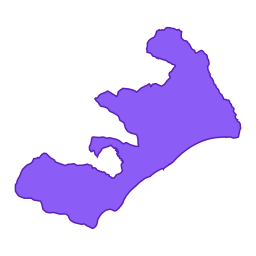 Suai, Cova Lima, East Timor (Albers equal-area conic projection)
{"feature_id": "22284137B60263836524270", "entity_name": "Suai", "entity_type": "district", "adm_level": 2, "iso_a3": "TLS", "parent_name": "East Timor", "parent_adm1": "Cova Lima", "projection": "albers", "projection_center": [125.311, -9.25], "detail": "fine", "context": "isolated", "style": "filled", "palette": "violet", "viewbox_px": 256, "rotation_deg": 0, "n_neighbors": 0, "source": "geoboundaries", "source_scale": "gbopen_adm2", "svg_char_len": 5832}
<svg xmlns="http://www.w3.org/2000/svg" viewBox="0 0 256 256"><path d="M159.1,29.8L157.3,30.8L156.7,31.3L155.7,34.6L154.5,37.0L150.8,38.9L149.2,40.3L148.1,41.6L147.3,43.4L147.4,46.0L147.1,47.5L146.6,48.7L147.0,50.2L147.1,52.4L149.2,52.7L150.5,53.2L151.6,54.0L152.6,55.8L153.0,56.1L155.5,56.8L156.9,58.2L157.6,58.3L157.9,58.0L158.1,58.6L158.3,58.7L160.0,58.4L160.7,58.8L164.5,60.1L165.9,60.1L166.7,61.0L167.7,61.5L168.4,62.3L170.5,62.9L171.5,63.8L172.9,64.5L174.6,64.8L175.4,65.9L175.4,66.2L173.5,68.3L171.5,71.4L169.7,72.5L169.5,72.8L169.2,73.8L169.1,75.0L170.2,77.6L170.1,77.9L166.6,81.2L166.1,82.3L164.8,83.9L162.0,86.1L160.8,86.0L156.0,83.7L155.1,83.6L154.1,84.1L153.1,84.1L152.6,84.3L152.1,84.7L151.3,86.4L150.7,86.5L150.3,85.2L149.3,83.9L148.5,84.2L146.5,85.7L144.5,86.3L143.6,87.0L142.7,87.2L140.7,88.4L137.3,91.6L136.5,92.1L135.4,91.1L134.9,91.0L134.0,90.4L131.3,89.6L128.3,88.9L123.0,88.4L122.5,88.5L122.1,89.0L120.7,89.7L118.3,91.8L118.0,92.6L117.7,94.7L116.7,96.5L107.7,91.0L104.9,92.6L101.0,94.0L98.8,95.8L97.7,97.6L96.9,98.0L95.8,98.0L94.9,98.7L96.4,100.9L98.3,102.6L99.7,105.0L100.8,106.2L101.5,106.5L102.2,106.3L103.4,106.8L104.6,107.0L106.7,107.8L107.9,108.7L109.3,110.7L110.1,111.4L112.9,112.6L117.2,115.1L118.4,116.1L119.2,117.7L119.6,119.7L119.9,120.2L120.3,120.6L121.6,121.2L124.1,123.1L125.5,128.2L127.2,130.7L127.9,131.5L131.2,133.2L135.9,134.3L137.1,135.4L137.8,138.3L138.2,141.2L138.0,142.1L138.0,143.5L138.7,145.9L138.7,146.2L138.2,146.4L135.5,146.3L132.8,145.4L130.6,144.9L126.8,142.8L125.2,142.9L124.3,143.6L123.3,143.8L118.9,140.5L117.0,139.6L115.4,139.1L109.2,137.7L106.9,138.4L104.6,137.4L102.4,137.0L100.4,137.4L97.7,137.4L93.2,137.0L92.4,137.2L91.9,138.0L90.9,143.6L89.5,146.3L89.4,147.9L89.6,149.9L90.5,150.8L91.0,151.6L91.4,151.7L92.5,151.1L93.0,150.5L93.3,150.4L94.1,150.9L94.7,152.4L94.9,153.9L95.9,155.2L96.9,156.0L97.3,156.9L97.7,156.1L98.2,154.4L100.7,151.2L101.8,149.4L102.1,148.5L102.5,148.3L108.8,146.3L110.9,145.2L111.2,145.3L111.7,146.1L112.3,146.5L114.1,148.3L114.6,148.4L115.6,147.9L116.4,148.5L116.7,148.8L116.5,149.1L115.6,149.8L115.5,150.1L116.1,150.3L117.2,150.0L117.6,150.1L117.8,150.3L117.5,150.8L116.5,151.0L116.5,151.4L116.7,151.7L117.9,151.6L118.2,151.7L118.4,152.5L118.4,152.9L116.9,153.5L116.9,154.0L117.5,154.5L117.6,155.5L118.4,156.3L119.2,156.0L119.5,156.3L119.2,156.7L119.5,158.2L119.7,158.5L120.8,158.6L121.4,158.9L121.2,160.2L121.4,160.5L122.4,160.3L123.0,161.1L123.2,162.1L123.0,162.6L122.7,162.7L122.7,162.1L122.4,162.1L122.3,163.0L121.2,164.7L121.6,167.5L122.4,170.7L121.9,171.6L121.1,172.6L120.0,173.4L116.4,174.8L114.4,177.8L114.1,177.7L113.6,178.0L112.1,178.2L111.5,177.4L109.6,176.5L109.2,176.2L109.2,175.5L108.9,174.9L107.8,174.4L106.3,174.6L105.9,174.4L105.7,173.3L104.1,172.0L103.8,171.9L102.3,172.3L101.1,171.4L100.6,171.5L99.8,171.4L99.0,170.7L97.9,170.6L96.0,169.0L96.0,168.5L94.8,167.8L93.7,167.8L92.7,168.3L92.3,167.9L92.1,166.8L91.7,165.7L91.0,165.2L89.0,165.0L87.5,164.2L87.2,164.1L85.0,164.8L82.3,165.2L77.3,165.4L76.3,165.2L74.9,164.1L73.7,163.7L69.9,164.3L68.1,164.3L65.6,165.4L64.9,165.4L55.9,162.2L55.0,161.3L54.5,160.1L50.5,157.8L46.3,153.6L44.1,153.2L42.4,154.1L41.3,155.2L39.3,157.9L38.7,158.0L38.2,157.5L37.8,157.5L37.4,157.6L36.6,158.4L33.7,158.7L32.6,161.5L31.0,163.3L27.2,165.0L25.2,166.7L22.6,169.4L21.0,172.7L19.7,176.3L18.5,178.0L17.2,180.7L16.7,183.4L15.6,184.4L15.4,185.2L15.4,190.7L15.8,191.8L17.8,194.9L18.6,195.7L20.0,196.6L24.4,198.2L27.7,198.1L29.0,198.3L31.0,198.1L31.6,198.3L32.8,199.4L33.8,200.0L40.4,201.1L40.9,201.8L41.9,204.4L42.9,209.1L43.8,210.0L45.9,211.9L47.5,212.5L49.9,212.8L52.9,212.5L54.8,212.7L58.9,213.9L60.9,214.1L65.0,213.9L66.1,214.1L67.5,215.1L68.3,215.9L69.6,219.0L70.2,219.8L71.1,220.7L73.2,222.0L74.4,222.6L81.5,224.3L83.3,224.0L84.6,224.0L86.2,225.4L87.7,226.0L92.5,228.4L94.3,227.6L96.1,225.8L96.8,224.2L97.9,219.4L99.0,217.2L101.0,214.3L103.5,211.9L106.0,210.2L109.4,209.3L110.5,209.3L111.5,209.6L114.7,211.0L115.6,210.8L116.6,210.2L118.8,208.3L122.2,203.9L123.0,202.5L123.4,201.0L124.4,198.8L125.2,197.8L126.0,196.2L129.5,191.7L131.9,189.3L133.7,187.9L133.8,187.3L134.7,186.6L135.2,186.7L136.7,185.0L139.7,182.3L145.0,178.3L148.9,176.7L150.2,176.4L151.5,175.0L154.5,172.8L156.9,171.2L160.7,169.2L161.7,168.8L162.7,168.7L163.4,168.8L163.5,169.2L163.9,168.5L164.5,167.9L167.0,166.0L168.6,165.1L168.7,164.5L169.8,164.4L170.7,163.8L171.5,162.8L172.2,162.8L177.3,157.4L181.8,153.3L186.7,149.6L191.2,146.5L195.8,144.0L201.7,141.2L207.5,139.3L212.1,138.2L214.7,137.8L216.1,137.5L217.9,137.5L221.5,137.1L223.8,137.1L224.8,136.8L225.5,137.3L229.1,137.0L231.2,137.1L232.4,137.8L233.9,138.0L235.0,137.8L235.9,137.8L238.4,137.0L240.0,129.3L240.5,128.9L240.6,128.4L240.1,123.8L239.2,122.2L238.0,121.7L237.4,121.0L237.2,120.4L237.6,119.8L236.1,118.9L235.5,118.0L235.1,116.3L235.8,115.5L236.0,114.5L234.8,113.4L233.7,112.0L233.4,111.1L233.9,109.7L234.0,108.7L232.6,107.1L231.9,106.8L231.4,104.7L230.7,103.7L230.0,103.2L229.3,101.0L228.8,100.3L228.4,100.1L227.2,100.3L225.9,99.5L223.9,99.3L223.5,99.0L223.3,97.6L222.5,96.5L222.1,95.3L221.7,94.7L220.2,93.7L219.1,92.1L218.9,90.5L218.2,89.3L216.2,87.4L216.0,85.9L213.8,83.4L213.3,81.1L212.3,78.7L210.3,76.7L210.1,76.2L210.0,73.9L209.0,72.4L208.5,70.6L207.8,69.3L207.9,68.2L207.6,66.5L208.9,64.6L209.0,62.6L208.6,60.3L207.4,58.2L207.1,55.8L206.6,54.9L204.6,53.6L202.9,51.2L202.3,50.8L201.4,50.5L200.5,50.6L197.1,52.8L196.3,53.1L195.4,52.9L194.5,50.4L194.0,50.0L193.0,49.9L192.0,49.0L191.4,48.1L189.7,44.9L188.9,43.7L188.0,43.0L187.5,41.9L187.0,41.4L185.9,40.8L184.2,40.6L183.0,39.7L181.6,38.2L181.2,36.4L181.2,34.7L181.7,31.6L179.7,30.6L179.4,30.4L179.1,29.6L178.3,29.6L176.8,30.0L173.5,28.4L171.5,28.4L170.0,27.6L169.3,27.7L167.1,27.6L165.7,28.2L164.2,30.1L163.0,30.2L162.3,29.7L160.0,30.4L159.2,30.2L159.1,29.8Z" fill="#8b5cf6" stroke="#5b21b6" stroke-width="1.5"/></svg>